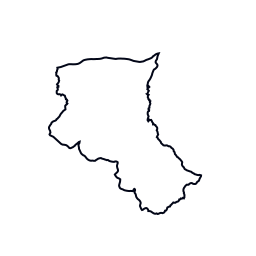 the district of Pedro Afonso, Tocantins, Brazil, rotated 55°
{"feature_id": "56859067B14151353864434", "entity_name": "Pedro Afonso", "entity_type": "district", "adm_level": 2, "iso_a3": "BRA", "parent_name": "Brazil", "parent_adm1": "Tocantins", "projection": "albers", "projection_center": [-48.016, -9.204], "detail": "fine", "context": "isolated", "style": "outline", "palette": "ink", "viewbox_px": 256, "rotation_deg": 55, "n_neighbors": 0, "source": "geoboundaries", "source_scale": "gbopen_adm2", "svg_char_len": 5893}
<svg xmlns="http://www.w3.org/2000/svg" viewBox="0 0 256 256"><g transform="rotate(55 128 128)"><path d="M84.5,60.0L84.1,60.9L83.8,61.8L83.6,62.7L83.6,63.8L83.7,64.9L83.6,66.2L84.0,67.5L84.0,68.6L83.9,69.5L83.4,71.7L82.8,73.7L82.6,74.7L82.5,75.8L82.2,77.3L81.1,79.6L80.7,80.4L79.9,81.3L78.9,82.3L77.0,84.2L76.2,85.0L74.7,86.0L72.9,87.3L72.1,88.0L70.8,89.4L69.2,91.2L68.0,92.8L67.3,93.7L66.6,94.6L65.5,96.3L64.9,97.4L64.6,98.1L64.1,98.8L62.6,100.4L60.3,102.8L59.8,103.4L58.5,104.7L57.8,105.3L56.7,107.2L56.4,108.2L56.1,109.3L55.8,110.1L55.3,111.2L54.7,112.3L53.5,114.1L51.8,116.8L51.1,117.7L50.3,118.8L49.7,119.8L48.6,121.7L47.7,123.7L47.2,125.0L47.0,126.3L47.1,128.3L47.1,130.1L47.0,131.0L46.7,132.3L46.2,133.4L45.6,134.5L44.3,136.5L42.8,138.4L42.1,139.4L41.6,140.4L41.2,141.9L40.1,145.9L39.8,147.0L39.6,147.8L39.2,148.8L38.7,149.9L38.1,151.3L39.4,151.9L40.0,153.0L40.7,153.6L41.2,154.2L41.3,155.0L42.2,155.4L42.8,155.9L43.5,156.4L44.2,156.6L45.1,155.9L46.4,155.9L47.3,156.0L48.1,156.5L48.7,157.1L49.7,157.2L50.8,158.7L51.2,159.8L51.5,161.1L52.7,161.2L53.5,160.8L54.4,161.4L54.1,162.6L56.0,163.2L56.6,164.0L56.7,165.0L57.6,165.8L58.7,166.4L59.6,166.3L60.4,165.8L61.1,164.6L62.1,164.0L62.9,164.1L62.7,163.1L63.0,162.3L64.1,161.9L65.3,161.2L67.3,161.9L68.2,161.9L68.9,162.4L69.7,161.8L70.9,162.0L71.3,163.0L72.1,163.8L73.2,163.6L73.5,164.5L73.5,165.5L73.8,166.7L74.8,167.4L75.9,168.0L76.9,168.6L76.9,171.2L77.5,173.2L77.8,174.6L78.2,175.6L78.7,176.6L79.3,177.7L79.5,179.1L79.9,180.5L79.8,181.5L80.3,182.3L80.3,183.2L79.7,185.4L79.7,186.7L79.9,187.7L80.6,188.6L80.9,189.7L81.4,190.9L81.7,191.6L82.1,192.3L83.0,192.9L83.8,193.2L84.7,193.3L85.6,193.4L86.4,193.8L87.3,194.2L87.7,195.1L88.3,196.0L89.3,196.0L92.4,194.2L102.7,191.9L103.8,191.3L104.4,190.8L104.9,190.1L106.1,188.9L106.9,188.3L107.9,188.0L109.0,187.7L110.8,187.5L111.6,186.6L112.1,184.1L112.0,183.2L112.1,182.1L111.7,180.9L111.6,180.0L111.6,179.1L111.3,176.3L111.5,175.5L112.5,176.5L113.1,177.9L114.0,178.6L115.0,179.0L116.1,179.5L117.0,180.1L118.4,180.3L121.5,180.9L122.4,180.9L123.3,180.7L124.6,180.3L125.8,179.6L126.9,179.4L128.7,179.3L129.4,179.3L131.2,178.8L132.5,178.1L133.6,177.1L134.3,175.8L135.3,174.8L136.0,173.7L135.9,172.4L136.0,171.5L136.0,170.4L136.2,169.4L136.6,168.4L137.1,167.4L138.1,166.9L139.9,165.4L140.7,164.9L141.4,164.3L142.2,163.8L142.6,162.9L143.3,162.5L144.2,162.3L145.2,161.5L146.1,160.7L146.7,160.1L147.3,159.4L147.8,158.8L148.0,157.7L148.9,156.6L150.0,156.1L150.8,156.5L152.3,158.4L153.1,159.0L154.7,159.7L155.7,159.9L156.9,160.4L157.7,161.2L158.0,162.1L158.2,163.3L158.3,164.4L158.6,165.5L159.7,165.6L161.2,165.6L162.7,165.3L163.4,164.8L164.4,164.2L165.6,163.8L166.5,164.5L167.2,165.1L167.8,165.7L168.4,166.5L169.1,167.3L169.6,167.9L170.3,168.5L171.4,168.8L172.3,169.0L173.1,168.9L173.9,168.5L174.6,168.0L175.4,167.4L176.5,166.9L177.2,166.4L178.7,165.0L179.8,163.8L180.4,163.1L181.0,162.0L182.4,160.3L182.2,159.5L181.6,158.5L181.5,157.8L182.3,157.5L183.0,157.9L183.6,158.6L184.1,159.3L184.8,159.7L186.6,159.7L187.6,160.1L188.5,160.5L189.6,160.8L190.9,160.8L191.9,160.7L192.7,160.4L193.5,160.2L194.9,160.1L195.9,160.3L196.7,160.6L197.3,161.3L198.0,162.2L198.7,162.9L199.9,163.2L201.0,163.4L202.1,163.6L203.2,163.6L203.5,162.8L203.4,161.7L203.5,160.4L203.7,159.6L204.2,158.8L205.1,158.4L206.0,158.4L206.9,158.5L207.7,159.0L208.6,157.8L209.5,157.1L210.6,156.7L211.7,156.3L212.6,155.9L213.5,155.3L214.1,154.5L214.4,153.5L215.4,153.1L215.8,152.2L215.9,151.0L216.3,149.9L216.8,149.2L217.6,148.5L217.8,147.6L217.9,146.7L217.5,145.8L217.0,145.1L217.4,144.4L217.2,143.4L216.6,142.4L215.7,141.4L215.9,139.8L216.4,138.5L215.7,137.7L215.7,136.6L215.4,135.7L215.3,134.7L215.0,133.6L215.9,132.8L216.4,132.0L216.3,130.7L216.7,129.8L216.9,129.0L216.6,127.8L215.9,127.0L216.4,126.0L216.0,125.2L216.8,124.4L216.7,123.1L217.7,122.6L217.0,121.4L216.1,120.9L215.5,120.3L214.6,119.9L213.5,119.7L212.9,119.1L211.7,118.9L210.7,118.3L209.9,117.6L209.2,116.5L208.9,115.6L208.4,114.4L208.2,113.3L208.2,112.2L208.8,111.6L209.2,110.9L209.0,110.1L209.0,109.0L209.2,108.1L209.7,107.3L211.2,106.6L211.9,105.8L212.6,104.7L212.4,103.4L211.9,102.4L211.8,101.6L212.0,100.7L211.5,99.6L210.6,98.4L209.4,95.9L208.7,95.3L207.9,95.9L207.3,96.5L206.9,97.5L205.9,98.4L204.7,99.3L203.9,100.0L203.0,100.1L202.1,100.7L201.3,101.1L200.3,101.2L199.3,102.0L198.6,102.5L197.9,103.0L196.2,104.2L195.3,104.5L194.2,105.1L193.2,105.0L192.2,104.8L191.0,105.1L190.0,105.1L189.0,104.9L187.9,104.0L187.1,103.2L186.2,103.1L185.0,103.2L183.4,103.3L182.0,103.7L180.6,103.9L179.8,104.4L178.7,104.3L177.4,104.3L176.3,104.5L174.5,103.7L173.3,103.9L172.3,103.3L171.2,103.2L170.3,103.3L169.3,103.8L167.8,103.9L166.8,104.4L166.3,105.2L164.5,106.1L163.5,107.9L162.5,108.9L161.2,109.1L160.1,109.4L159.0,109.5L158.2,109.1L157.2,109.2L155.8,109.3L154.8,109.5L153.8,109.6L152.8,109.3L152.0,109.6L151.5,108.8L151.0,107.7L150.6,107.0L149.4,106.7L148.5,106.2L147.6,105.9L146.3,105.8L145.6,104.6L144.4,103.9L143.1,103.9L142.2,104.1L141.3,103.9L140.7,104.4L139.8,104.6L139.4,105.4L138.4,104.7L137.3,104.8L136.0,104.5L134.7,104.4L134.3,105.2L133.4,105.7L133.9,106.6L134.1,107.5L132.7,107.4L131.9,106.6L130.7,105.1L130.2,104.4L129.3,104.3L127.9,103.9L126.9,103.2L126.3,102.6L125.9,101.8L126.1,101.0L125.4,100.3L124.2,100.4L123.7,99.8L123.7,98.8L122.7,98.2L122.0,97.5L121.5,96.5L120.7,95.6L119.4,95.3L118.8,94.3L117.6,94.8L117.1,94.2L116.0,94.7L115.2,94.3L114.2,94.2L113.1,93.2L112.7,92.2L112.0,92.8L111.0,93.0L111.2,92.2L110.2,91.3L109.5,89.6L108.2,89.7L107.3,89.9L106.8,89.2L106.8,88.2L106.6,87.0L105.4,87.1L105.1,88.3L104.1,87.7L103.3,86.6L102.3,85.7L101.6,84.7L100.8,82.4L100.2,81.1L99.6,80.1L99.2,79.4L98.7,78.6L98.1,77.7L97.3,76.9L96.6,75.9L95.3,73.9L95.0,73.1L95.1,72.2L95.1,71.4L94.9,70.3L94.6,69.1L93.9,68.1L92.8,67.6L91.5,67.7L90.3,67.8L89.4,67.2L88.9,66.5L88.6,65.7L88.3,64.9L87.6,64.1L86.8,63.3L86.0,62.4L84.5,60.0Z" fill="none" stroke="#020617" stroke-width="2"/></g></svg>